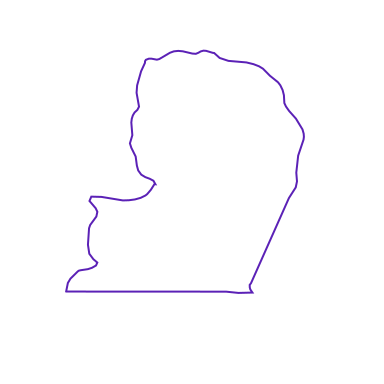 outline of Debub, rotated 114°
{"feature_id": "ERI-1564", "entity_name": "Debub", "entity_type": "Region", "adm_level": 1, "iso_a3": "ERI", "parent_name": "Eritrea", "parent_adm1": "", "projection": "equal_earth", "projection_center": [38.829, 14.796], "detail": "fine", "context": "isolated", "style": "outline", "palette": "violet", "viewbox_px": 384, "rotation_deg": 114, "n_neighbors": 0, "source": "natural_earth", "source_scale": "10m", "svg_char_len": 1348}
<svg xmlns="http://www.w3.org/2000/svg" viewBox="0 0 384 384"><g transform="rotate(114 192 192)"><path d="M91.6,288.1L90.0,287.9L87.7,285.6L86.7,283.3L85.4,277.9L83.9,276.0L73.8,268.8L70.9,265.8L68.7,262.0L67.2,257.6L65.4,248.0L64.2,244.7L62.2,242.8L60.0,241.2L58.2,239.0L57.3,236.5L56.4,229.5L56.0,228.3L58.3,221.3L57.4,212.1L51.5,195.0L50.2,187.8L49.9,181.9L50.5,177.3L54.1,168.1L56.8,158.0L58.6,154.7L62.0,150.7L66.2,147.4L73.2,143.8L75.7,140.9L78.5,136.2L82.7,126.9L89.9,116.5L93.3,113.7L96.1,112.2L98.8,111.4L115.6,109.8L131.9,104.6L139.6,100.4L145.6,99.1L158.1,101.0L251.4,101.0L253.4,101.5L255.7,100.4L257.3,99.1L259.3,95.9L265.3,108.5L269.2,120.4L323.7,243.0L334.1,266.4L334.1,266.5L325.6,268.4L320.6,267.8L310.9,264.0L309.8,263.3L308.7,261.8L304.8,255.7L302.0,252.6L298.2,249.8L295.0,249.8L293.5,254.8L290.2,260.7L282.5,265.6L267.0,271.3L263.5,271.6L253.3,269.4L248.6,270.4L246.0,273.4L241.9,282.0L237.2,282.1L233.3,272.7L227.8,251.7L225.2,246.3L222.0,241.1L218.2,236.5L214.1,233.1L212.2,232.1L206.8,230.5L200.1,229.5L199.8,228.6L197.4,231.8L197.1,236.0L197.4,240.7L196.8,245.4L194.2,249.9L190.3,253.1L182.5,257.9L176.3,265.4L172.8,268.5L164.4,269.6L153.2,275.7L149.6,276.8L146.1,277.2L142.7,276.8L139.2,275.3L135.6,275.1L123.9,283.0L116.9,285.5L102.5,287.6L93.2,287.5L91.6,288.1Z" fill="none" stroke="#5b21b6" stroke-width="2"/></g></svg>